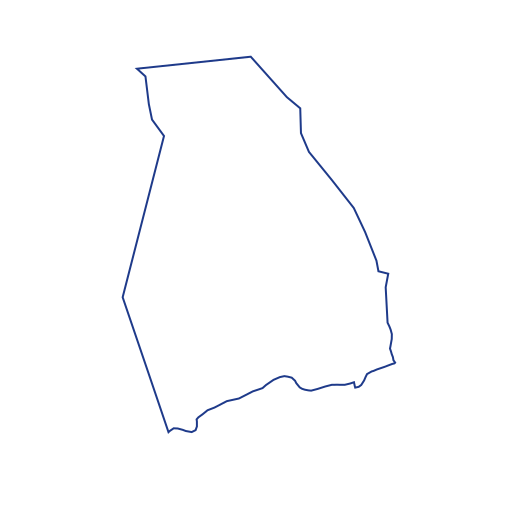 outline of Savannes George/Constitution Park, Choiseul, Saint Lucia, rotated 284°
{"feature_id": "8701671B67888908023489", "entity_name": "Savannes George/Constitution Park", "entity_type": "district", "adm_level": 2, "iso_a3": "LCA", "parent_name": "Saint Lucia", "parent_adm1": "Choiseul", "projection": "mercator", "projection_center": [-61.052, 13.779], "detail": "fine", "context": "isolated", "style": "outline", "palette": "blue", "viewbox_px": 512, "rotation_deg": 284, "n_neighbors": 0, "source": "geoboundaries", "source_scale": "gbopen_adm2", "svg_char_len": 1192}
<svg xmlns="http://www.w3.org/2000/svg" viewBox="0 0 512 512"><g transform="rotate(284 256 256)"><path d="M409.7,97.3L408.9,95.2L403.5,105.3L377.4,115.3L363.2,122.1L350.2,137.7L185.2,136.6L183.7,136.6L113.4,181.9L63.9,213.7L65.3,214.6L68.9,217.8L69.7,221.8L69.6,227.0L69.2,230.2L69.6,236.2L72.4,239.5L76.3,239.9L81.1,238.7L83.1,237.9L85.5,239.1L89.8,242.7L94.6,246.3L98.9,252.4L108.1,262.8L113.6,273.9L123.9,285.7L127.0,290.6L129.4,294.3L133.2,296.9L140.1,303.0L144.3,308.5L146.3,312.6L146.6,315.9L146.6,320.1L144.4,324.1L142.4,325.8L139.1,330.2L138.3,332.8L138.1,335.7L138.3,339.4L138.7,342.1L141.9,347.9L146.1,354.7L149.4,360.8L150.7,365.9L152.5,373.3L155.1,378.3L157.2,381.6L153.9,383.2L152.3,384.1L153.9,387.3L156.3,389.3L161.4,391.0L165.1,391.6L168.3,392.3L172.0,396.2L172.9,397.8L175.2,400.8L179.3,407.2L184.1,414.1L185.3,416.3L186.2,416.8L188.1,414.6L191.0,413.3L193.7,411.4L196.0,410.1L198.6,408.4L200.9,408.3L208.3,407.8L213.1,406.7L217.2,404.4L220.0,402.4L223.1,399.8L257.0,389.4L270.8,388.6L270.8,378.5L280.6,374.0L305.6,356.1L326.2,339.3L348.0,311.3L369.8,282.2L386.1,269.9L410.0,263.2L417.6,247.5L448.1,202.7L409.7,97.3Z" fill="none" stroke="#1e3a8a" stroke-width="2"/></g></svg>